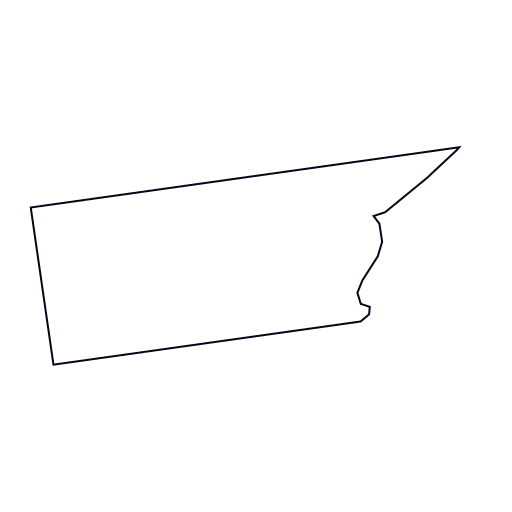 Bristol Bay, Alaska, United States of America (Natural Earth projection), rotated 172°
{"feature_id": "52423323B97700503252046", "entity_name": "Bristol Bay", "entity_type": "district", "adm_level": 2, "iso_a3": "USA", "parent_name": "United States of America", "parent_adm1": "Alaska", "projection": "natural_earth1", "projection_center": [-156.978, 58.751], "detail": "fine", "context": "isolated", "style": "outline", "palette": "ink", "viewbox_px": 512, "rotation_deg": 172, "n_neighbors": 0, "source": "geoboundaries", "source_scale": "gbopen_adm2", "svg_char_len": 367}
<svg xmlns="http://www.w3.org/2000/svg" viewBox="0 0 512 512"><g transform="rotate(172 256 256)"><path d="M161.5,176.6L152.1,182.5L150.4,189.8L158.9,194.0L160.7,205.5L154.0,217.1L135.4,238.8L129.1,252.5L129.3,270.8L134.0,279.2L122.0,281.4L75.7,309.6L42.4,333.0L39.7,335.4L472.3,335.4L471.7,176.6L161.5,176.6Z" fill="none" stroke="#020617" stroke-width="2"/></g></svg>